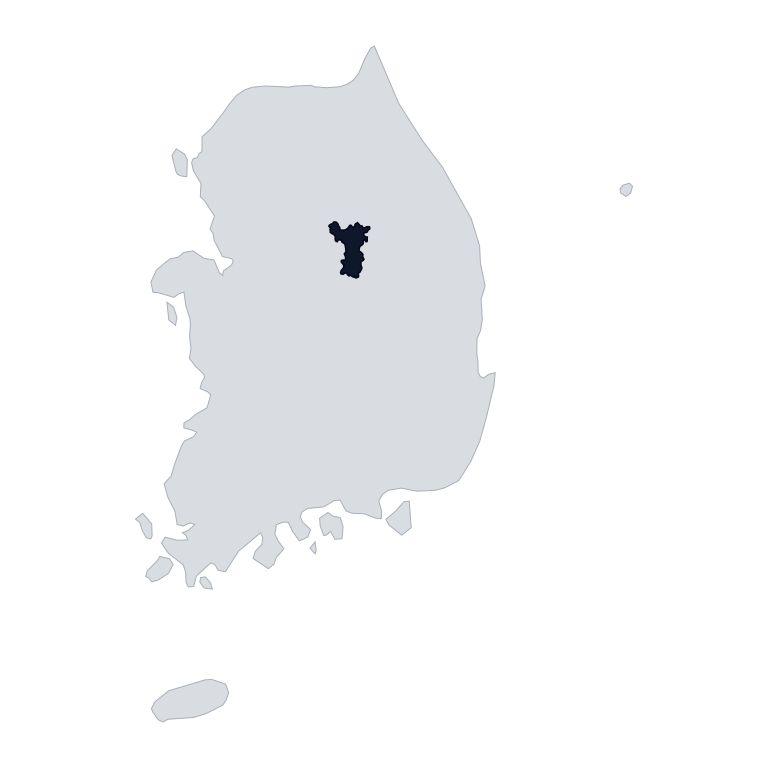 Jecheon-si, North Chungcheong, South Korea shown in context
{"feature_id": "91817680B41858032192319", "entity_name": "Jecheon-si", "entity_type": "district", "adm_level": 2, "iso_a3": "KOR", "parent_name": "South Korea", "parent_adm1": "North Chungcheong", "projection": "mercator", "projection_center": [128.142, 37.027], "detail": "fine", "context": "in_parent", "style": "filled", "palette": "ink", "viewbox_px": 768, "rotation_deg": 0, "n_neighbors": 0, "source": "geoboundaries", "source_scale": "gbopen_adm2", "svg_char_len": 5180}
<svg xmlns="http://www.w3.org/2000/svg" viewBox="0 0 768 768"><path d="M198.7,154.1L201.8,151.7L202.0,148.2L202.0,136.8L210.8,128.9L223.4,112.6L229.6,103.7L236.6,95.4L244.7,89.8L252.7,87.2L265.3,86.0L289.4,87.1L294.1,86.1L310.8,85.3L314.8,86.8L326.9,87.7L340.4,86.7L347.2,84.2L353.5,80.1L359.0,72.7L364.7,58.9L370.7,48.1L374.3,46.1L398.9,103.7L422.5,140.7L442.6,167.4L471.2,218.6L479.6,245.9L480.4,262.8L485.1,285.9L481.1,299.2L482.3,320.0L480.5,330.7L477.0,338.6L476.8,353.6L478.0,361.7L478.1,372.4L480.3,376.5L483.6,378.1L488.8,374.2L495.2,372.6L494.0,385.4L486.3,417.8L479.7,441.3L470.6,461.7L459.0,480.4L445.1,487.7L435.4,490.3L416.8,491.2L401.3,488.1L388.0,490.4L382.7,494.2L378.7,500.9L381.7,511.2L381.3,518.8L375.6,518.2L364.3,513.8L351.9,513.2L346.0,511.0L340.2,500.1L334.2,500.5L323.7,506.9L307.7,508.4L302.1,511.9L300.1,516.4L302.5,522.1L310.5,529.5L307.8,537.1L299.4,540.9L292.7,531.6L288.4,522.5L283.7,522.0L276.4,524.6L274.9,534.4L278.3,541.1L283.9,548.8L276.1,557.8L274.0,564.1L268.4,568.7L253.1,558.5L255.3,551.3L261.9,544.4L262.7,537.2L260.5,532.9L238.7,551.1L225.3,571.7L218.1,570.2L215.1,564.9L210.9,562.7L196.4,576.0L193.7,586.5L188.4,586.9L186.0,582.5L185.8,573.0L183.3,564.9L168.3,553.2L161.4,543.0L165.1,537.2L177.7,540.3L187.7,539.9L185.7,535.1L182.4,532.8L189.1,530.0L194.6,524.4L190.0,522.9L183.0,526.1L177.2,524.5L174.9,511.1L167.8,497.2L164.1,483.8L171.1,476.1L174.7,464.0L181.2,446.5L184.5,440.9L193.5,436.8L196.7,432.2L191.7,429.9L183.8,427.9L184.0,422.8L189.4,420.0L195.4,414.5L207.1,407.7L210.7,394.8L207.3,391.6L200.1,388.6L201.7,382.1L204.7,377.1L203.6,374.2L195.0,365.8L189.3,358.1L191.0,349.4L189.6,336.2L190.4,325.2L190.0,319.1L185.8,305.6L183.9,292.0L178.4,294.0L174.0,297.4L158.0,292.6L153.0,292.3L150.9,282.2L156.6,269.7L170.2,258.7L178.0,257.3L183.9,252.4L193.0,250.9L204.0,258.4L213.9,259.9L219.4,272.8L222.7,275.5L223.4,270.8L231.4,265.2L233.3,261.0L231.6,258.7L222.4,256.5L214.2,240.4L213.0,233.4L210.0,228.9L214.5,216.1L205.0,201.4L200.3,196.7L201.0,183.5L196.0,175.1L193.3,170.5L191.6,162.5L193.0,158.9L197.4,157.5L198.7,154.1ZM167.7,719.3L163.2,721.9L159.0,720.3L157.8,719.1L152.8,712.1L151.4,708.6L154.9,701.8L168.8,690.7L204.9,679.9L211.4,679.4L225.6,684.0L228.7,692.7L226.1,700.1L222.8,705.1L206.3,713.5L193.4,717.5L167.7,719.3ZM411.2,527.6L401.7,535.2L388.9,525.0L385.9,519.4L395.6,511.1L403.9,501.7L409.3,501.1L411.2,527.6ZM343.1,526.7L342.0,538.7L334.9,539.3L330.6,531.5L326.1,535.3L323.7,535.4L320.2,525.8L319.6,518.2L328.0,512.5L333.0,516.0L340.3,517.7L343.1,526.7ZM158.3,580.0L151.9,581.9L148.2,577.7L145.7,576.6L147.1,571.0L157.6,560.2L159.7,556.4L169.4,558.7L173.1,564.4L168.6,573.2L158.3,580.0ZM187.3,159.9L186.8,176.7L181.2,176.0L177.4,174.3L175.8,171.0L172.0,155.4L176.3,148.9L184.5,154.0L187.3,159.9ZM152.1,535.9L150.8,538.8L146.4,537.9L141.9,529.5L140.0,522.8L135.5,519.1L142.7,513.3L151.7,523.8L152.1,535.9ZM176.9,317.3L175.5,325.4L168.8,320.0L166.9,302.2L173.7,307.4L176.9,317.3ZM630.7,192.8L626.1,196.5L620.6,192.8L620.0,188.8L622.8,185.3L629.4,183.2L632.5,186.2L630.7,192.8ZM210.7,583.3L212.4,589.1L204.3,588.0L199.9,582.4L200.5,577.6L205.4,576.9L210.7,583.3ZM316.2,550.1L315.1,553.9L310.0,548.2L315.0,541.9L316.2,550.1Z" fill="#d9dde1" stroke="#a8b0b8" stroke-width="1"/><path d="M330.1,232.1L331.9,233.6L333.5,234.3L334.4,235.2L335.0,236.2L335.4,237.5L335.1,238.8L335.4,240.6L336.3,241.5L337.4,241.7L338.2,240.0L339.2,239.8L341.2,240.2L341.6,241.1L342.0,242.1L343.5,243.1L344.5,243.7L345.0,244.5L345.7,248.7L346.0,251.2L345.4,252.6L344.4,253.4L344.4,254.4L345.0,255.5L345.4,256.7L345.6,258.0L345.5,259.6L344.9,260.1L343.5,260.0L341.7,260.3L341.1,261.2L341.4,262.3L342.2,263.2L343.0,264.2L343.8,264.7L343.6,265.4L343.6,265.7L343.8,267.1L342.8,268.7L341.7,269.8L341.1,270.8L340.5,272.5L341.1,274.0L343.5,274.2L344.4,273.3L345.8,272.9L347.2,273.9L347.6,274.9L348.7,275.3L349.0,276.0L350.9,275.3L352.2,276.5L353.4,277.1L354.3,277.0L355.6,277.9L356.8,277.7L358.4,277.0L358.7,275.9L358.5,274.7L358.4,273.1L359.4,272.4L360.3,271.8L360.6,270.9L360.9,270.4L361.5,269.4L361.8,268.3L361.7,266.9L361.2,266.0L361.0,264.7L361.0,262.9L361.1,261.8L362.2,261.0L363.6,260.0L364.0,259.1L363.4,258.1L362.8,257.0L362.9,254.3L362.2,253.5L361.2,252.4L360.4,251.7L359.3,251.2L359.0,250.3L359.2,248.9L359.6,247.3L360.2,246.3L361.0,245.6L362.2,244.9L363.1,243.9L363.4,242.7L363.3,241.8L363.5,240.4L364.3,239.6L365.3,240.6L366.0,241.7L366.8,241.7L367.3,240.8L367.2,239.4L367.3,237.0L366.4,237.1L365.4,236.7L364.8,236.1L363.6,234.9L364.0,233.0L365.6,232.6L366.9,232.3L367.4,231.7L367.9,230.6L368.5,229.7L369.6,229.2L369.8,228.0L369.6,226.9L368.0,226.6L366.4,226.8L365.2,227.6L364.2,228.0L362.7,227.5L362.3,226.2L361.6,225.8L359.7,225.5L359.2,224.5L357.5,222.6L356.6,223.2L355.5,223.7L354.9,224.7L354.8,226.1L354.0,227.1L352.6,227.1L352.0,226.2L350.7,225.1L349.5,225.5L348.8,226.8L347.8,228.2L346.4,229.2L345.5,229.7L344.3,230.1L339.9,230.1L339.9,228.2L339.4,226.8L338.3,225.6L338.2,224.5L337.5,223.3L336.3,222.2L334.9,221.9L333.7,222.0L333.0,223.0L332.0,223.8L330.4,224.4L329.2,225.3L328.9,226.2L329.5,227.1L330.5,227.7L330.7,228.3L330.1,229.0L329.9,229.3L330.4,231.3L330.1,232.1Z" fill="#0f172a" stroke="#020617" stroke-width="1.5"/></svg>